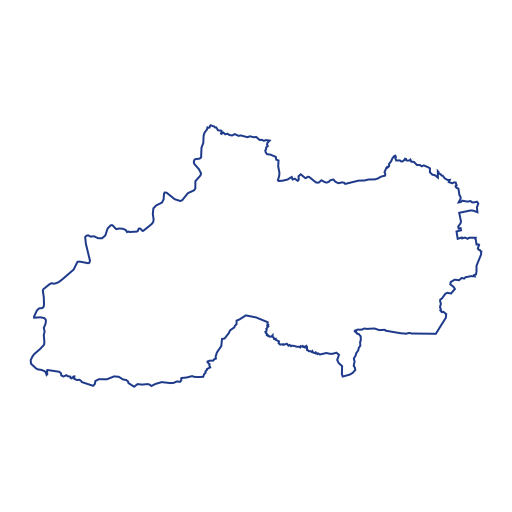 the district of Ia Grai, Gia Lai, Vietnam
{"feature_id": "81297802B6416238429405", "entity_name": "Ia Grai", "entity_type": "district", "adm_level": 2, "iso_a3": "VNM", "parent_name": "Vietnam", "parent_adm1": "Gia Lai", "projection": "albers", "projection_center": [107.729, 13.99], "detail": "fine", "context": "isolated", "style": "outline", "palette": "blue", "viewbox_px": 512, "rotation_deg": 0, "n_neighbors": 0, "source": "geoboundaries", "source_scale": "gbopen_adm2", "svg_char_len": 6053}
<svg xmlns="http://www.w3.org/2000/svg" viewBox="0 0 512 512"><path d="M207.5,127.4L207.0,129.4L204.6,132.6L203.6,135.6L203.3,143.0L201.5,147.7L201.1,157.4L199.7,158.6L195.2,159.2L194.3,160.1L193.8,161.6L194.1,163.7L199.0,169.3L201.1,173.5L200.4,175.5L195.4,181.2L195.3,188.5L194.1,190.3L188.0,193.1L182.1,200.3L180.2,201.0L174.7,199.2L166.6,192.7L164.7,192.5L164.0,193.7L163.6,199.4L161.9,202.6L156.1,205.5L153.4,208.4L152.8,213.9L153.6,219.3L153.2,222.1L151.5,224.2L143.3,230.8L142.5,230.9L140.5,228.8L139.5,228.4L138.6,228.8L137.9,230.9L136.8,231.6L129.4,232.0L128.3,231.5L127.1,232.1L125.7,230.0L123.0,228.8L119.5,228.5L116.2,229.1L112.5,225.3L111.6,225.1L110.5,225.5L107.6,228.5L105.3,235.5L102.0,238.3L98.0,238.2L94.1,236.3L90.6,236.6L88.1,235.3L86.4,235.8L85.3,236.8L85.2,237.7L85.9,243.9L90.0,260.8L89.3,262.8L88.1,263.2L79.7,261.6L77.5,261.8L73.6,269.6L62.4,279.3L58.6,282.2L55.5,283.4L53.6,283.7L51.8,283.2L49.8,284.0L43.5,289.1L42.8,290.5L43.8,297.4L44.0,304.5L43.6,306.9L42.2,308.1L39.1,308.4L37.0,310.3L34.0,316.7L34.1,317.7L40.5,317.3L44.3,318.1L45.8,319.8L45.9,321.3L45.5,323.9L43.8,327.9L44.6,331.5L43.8,335.0L44.4,342.4L44.0,344.8L40.1,349.0L34.2,354.1L32.5,356.4L30.7,360.1L31.0,363.7L35.9,368.3L37.6,369.3L41.8,370.0L44.7,371.3L45.7,372.2L46.6,374.9L47.3,374.1L47.0,371.1L47.4,370.0L59.3,371.8L61.0,373.4L61.3,375.4L63.4,376.5L66.4,375.2L67.6,376.2L70.3,376.6L70.4,377.7L71.6,378.4L73.7,376.4L74.4,376.4L74.1,378.7L77.1,380.1L79.1,379.7L80.9,380.7L81.9,382.1L93.1,385.8L94.8,384.0L95.4,381.0L99.0,379.2L106.8,379.3L114.1,376.4L118.8,376.8L122.9,379.4L126.1,380.0L127.9,381.3L128.5,383.1L134.1,386.7L137.6,384.1L142.0,384.6L147.8,384.1L149.6,384.6L151.4,386.0L155.3,384.0L161.7,382.1L170.4,383.1L173.5,382.9L177.1,381.4L179.9,381.9L181.3,380.4L181.2,378.3L181.7,378.0L186.7,377.5L192.1,376.1L194.0,376.8L197.9,377.1L203.2,376.8L204.1,374.2L205.6,372.7L205.5,371.3L206.9,370.0L206.9,369.1L210.2,367.4L209.4,365.7L209.5,364.2L207.6,362.3L207.5,361.5L209.6,360.7L213.3,360.6L214.1,359.3L215.9,358.6L215.6,356.7L216.9,352.5L221.3,346.0L222.0,339.0L224.6,338.5L228.9,333.0L230.0,330.4L234.3,327.4L235.0,325.6L236.5,324.3L236.6,320.6L239.4,319.5L245.8,315.4L256.0,317.4L267.7,322.2L267.5,324.3L268.2,324.7L267.9,325.5L268.2,325.9L267.3,326.1L267.8,327.0L266.3,328.9L266.7,329.5L266.3,331.3L265.4,331.8L265.7,332.9L266.8,333.6L266.8,335.1L267.6,335.0L268.2,336.1L268.8,335.8L269.8,336.7L271.4,336.6L272.6,335.3L272.6,336.9L273.7,337.6L274.1,339.0L275.7,338.8L275.6,339.7L279.0,341.4L278.6,343.2L280.2,344.6L281.9,344.3L283.2,344.8L283.5,344.3L284.1,344.6L286.9,343.8L288.4,345.7L289.6,344.9L291.0,346.2L291.7,345.7L293.5,345.8L297.2,346.8L298.8,346.7L300.1,347.4L300.7,346.1L302.3,346.7L302.8,346.1L303.4,346.9L304.5,347.3L304.3,346.6L305.5,346.8L306.3,345.9L306.9,346.6L307.1,350.1L307.9,350.2L308.8,351.2L310.5,351.2L311.6,351.9L312.3,351.1L313.0,352.5L314.7,353.0L315.6,352.4L316.0,353.5L316.8,353.3L317.5,354.0L318.2,353.4L319.8,354.5L326.4,353.0L329.8,353.8L332.6,353.8L336.4,352.7L339.0,354.8L337.2,359.9L338.6,363.0L342.1,366.1L341.9,374.2L342.7,376.5L343.2,376.4L349.8,374.6L352.8,372.8L355.3,369.9L354.8,367.5L353.7,365.8L354.6,361.3L353.8,358.6L355.6,355.6L356.3,353.1L358.3,350.3L358.7,348.0L360.3,345.7L360.1,341.9L360.8,340.3L360.7,336.4L358.7,334.0L357.2,333.8L356.3,332.1L355.6,332.2L354.7,331.0L355.2,330.5L357.7,329.6L361.6,329.7L364.4,328.5L366.7,328.9L374.5,328.5L379.3,330.1L384.8,329.8L385.7,330.7L400.3,333.2L406.3,333.7L409.2,332.9L411.6,333.5L435.8,333.8L445.8,317.8L446.2,314.1L443.3,311.8L441.7,312.1L440.4,310.4L441.0,310.0L440.0,307.0L440.9,303.9L440.1,301.1L440.2,299.7L442.0,298.4L445.4,293.7L447.4,292.8L451.0,293.5L454.9,289.0L453.7,287.0L450.3,284.3L450.7,282.0L454.7,279.7L459.1,280.2L461.8,277.9L464.1,278.6L465.6,277.2L471.2,276.1L474.7,276.4L474.1,275.1L476.0,274.4L476.5,271.4L476.5,265.8L481.0,254.7L481.3,251.6L480.8,251.6L480.0,250.1L478.7,249.7L477.8,248.5L479.1,244.8L478.5,244.4L476.5,244.5L475.8,239.7L475.3,239.0L475.7,237.8L469.8,237.7L468.5,238.0L467.7,238.8L465.0,237.6L462.1,238.4L461.8,237.5L457.7,238.8L456.5,231.5L461.0,230.3L460.6,228.1L458.6,228.5L458.2,226.6L460.5,223.4L461.0,221.5L459.2,212.8L470.9,210.4L473.4,210.7L477.4,212.2L476.9,207.3L478.3,203.6L477.1,201.8L473.0,202.5L471.9,202.2L470.6,201.1L467.3,201.6L462.4,200.7L460.8,202.0L458.6,202.4L460.7,198.5L460.3,196.2L459.5,195.4L458.4,188.6L456.8,188.0L455.7,186.9L455.7,185.8L456.6,185.5L455.7,182.5L453.9,182.4L452.3,183.3L448.8,182.1L449.8,179.9L447.7,180.1L444.7,178.3L442.8,175.8L441.4,175.4L440.7,174.3L438.6,173.4L438.6,172.1L437.8,171.2L437.9,177.6L434.9,175.2L432.4,174.7L429.9,172.3L430.0,168.4L428.2,167.3L423.8,165.4L421.7,166.3L420.1,165.1L416.8,164.9L413.9,161.9L411.3,161.7L410.4,159.6L409.5,160.5L406.8,160.5L406.1,160.2L405.9,158.9L405.1,158.7L403.8,160.5L402.3,161.5L400.9,161.3L399.9,160.4L396.2,160.5L395.3,158.1L395.9,157.0L395.3,155.7L394.1,156.2L392.5,158.2L391.1,161.3L389.0,164.0L389.2,165.8L388.2,167.2L387.6,167.6L387.1,167.0L386.4,167.8L384.5,172.2L385.3,173.8L385.1,175.6L380.9,176.7L377.8,178.5L374.9,179.4L368.5,179.5L364.4,180.5L358.7,180.6L345.2,183.9L344.0,182.7L342.1,182.4L338.3,183.2L335.3,181.7L333.4,179.5L330.4,180.2L328.8,181.8L327.1,182.5L325.4,182.4L321.4,180.3L318.9,182.5L317.7,182.7L315.9,182.4L309.1,176.9L307.7,176.8L305.9,178.1L305.3,178.1L300.7,174.3L298.5,176.3L298.8,179.5L297.7,180.8L294.8,178.7L292.6,179.5L291.7,177.0L287.4,179.6L282.5,180.7L278.6,181.0L277.9,180.2L279.2,175.9L279.4,172.8L278.2,166.3L278.5,160.5L276.2,159.6L275.8,156.9L270.6,154.7L266.9,154.1L265.5,151.9L265.3,150.3L266.1,149.3L266.1,147.5L267.8,146.0L267.0,144.5L267.5,142.8L269.6,140.6L266.1,140.1L263.9,140.8L261.8,139.8L259.7,140.0L256.1,136.9L254.2,137.3L249.9,136.3L247.5,137.2L240.6,135.4L238.6,135.9L234.8,134.1L232.4,135.4L231.3,135.4L229.0,134.8L227.6,133.7L225.2,134.3L223.4,132.6L221.4,133.9L221.0,133.5L221.7,131.7L221.4,130.7L218.0,130.3L216.2,127.4L215.1,127.5L214.3,126.6L210.6,125.3L210.0,125.8L209.6,127.5L208.4,127.8L207.5,127.4Z" fill="none" stroke="#1e3a8a" stroke-width="2"/></svg>